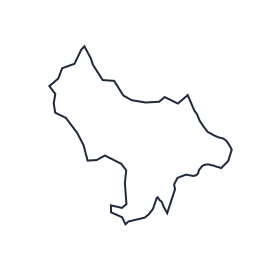 map outline of Vecpiebalgas (orthographic projection), rotated 320°
{"feature_id": "LVA-5797", "entity_name": "Vecpiebalgas", "entity_type": "Municipality", "adm_level": 1, "iso_a3": "LVA", "parent_name": "Latvia", "parent_adm1": "", "projection": "orthographic", "projection_center": [25.724, 57.121], "detail": "fine", "context": "isolated", "style": "outline", "palette": "slate", "viewbox_px": 256, "rotation_deg": 320, "n_neighbors": 0, "source": "natural_earth", "source_scale": "10m", "svg_char_len": 1050}
<svg xmlns="http://www.w3.org/2000/svg" viewBox="0 0 256 256"><g transform="rotate(320 128 128)"><path d="M139.4,39.4L142.3,38.0L147.1,37.4L144.3,50.7L141.8,57.0L139.4,75.0L147.7,83.0L145.3,100.1L148.7,109.1L157.9,119.8L168.7,127.9L176.0,127.9L181.9,141.3L194.9,141.2L190.1,157.0L189.7,161.9L187.6,168.4L186.8,175.6L186.5,182.1L189.2,189.1L191.3,193.3L194.1,197.1L195.2,201.2L194.4,207.5L193.5,211.3L183.6,217.7L173.5,218.6L172.4,216.5L170.7,214.2L169.7,212.2L168.3,210.5L167.2,208.8L165.9,207.3L163.7,205.8L160.9,204.8L155.4,205.8L152.7,207.7L150.2,208.1L147.1,206.7L142.5,201.0L133.9,198.0L127.1,200.8L124.6,205.2L103.3,218.4L104.6,211.6L106.4,206.1L105.7,202.8L106.2,201.2L106.2,200.2L104.8,200.2L95.0,206.1L88.6,207.5L83.2,207.4L68.3,199.9L64.2,200.1L66.1,192.5L60.8,181.7L65.2,176.3L72.0,185.3L77.9,185.3L90.1,168.3L99.4,159.3L99.9,151.3L92.6,134.2L83.4,132.4L76.1,127.0L82.9,112.6L85.9,99.2L86.9,80.3L82.1,69.5L86.9,61.4L94.2,55.2L94.7,45.3L106.4,45.3L116.1,39.9L128.2,44.4L139.4,39.4Z" fill="none" stroke="#1e293b" stroke-width="2"/></g></svg>